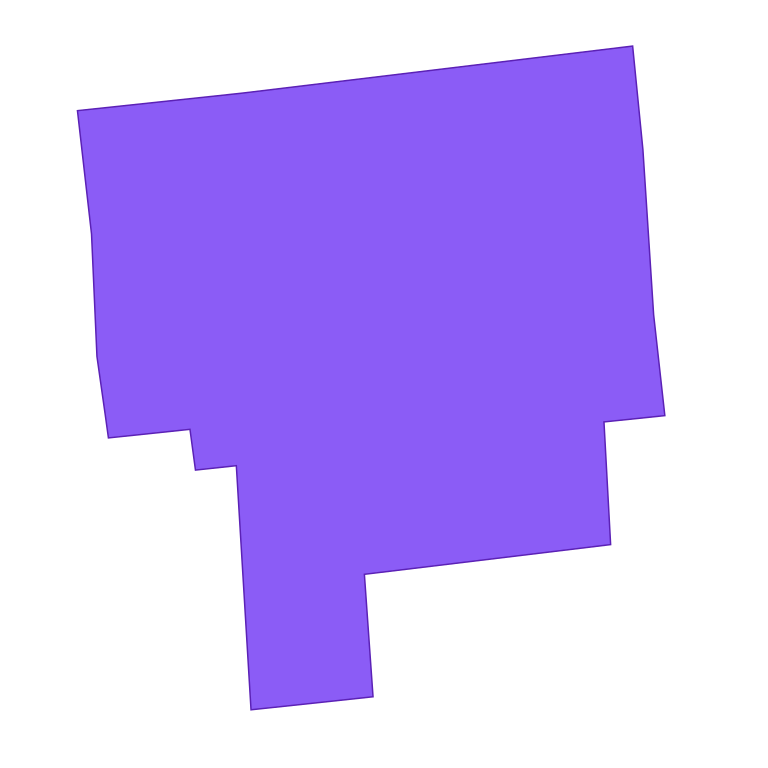 Fayette, Alabama, United States of America (Mercator projection), rotated 84°
{"feature_id": "52423323B79974581250794", "entity_name": "Fayette", "entity_type": "district", "adm_level": 2, "iso_a3": "USA", "parent_name": "United States of America", "parent_adm1": "Alabama", "projection": "mercator", "projection_center": [-87.706, 33.72], "detail": "fine", "context": "isolated", "style": "filled", "palette": "violet", "viewbox_px": 768, "rotation_deg": 84, "n_neighbors": 0, "source": "geoboundaries", "source_scale": "gbopen_adm2", "svg_char_len": 394}
<svg xmlns="http://www.w3.org/2000/svg" viewBox="0 0 768 768"><g transform="rotate(84 384 384)"><path d="M73.9,101.4L79.9,495.0L80.1,660.3L204.4,659.2L326.6,666.6L384.2,664.5L408.8,663.7L408.8,581.7L449.9,580.5L449.8,539.4L694.1,550.3L693.9,427.6L571.2,423.4L567.4,175.4L444.7,169.2L444.8,108.0L343.3,108.6L177.9,102.0L73.9,101.4Z" fill="#8b5cf6" stroke="#5b21b6" stroke-width="1.5"/></g></svg>